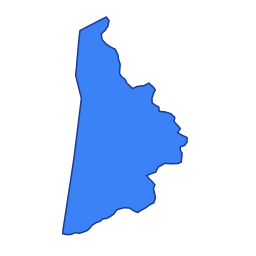 Conceição do Jacuípe, Bahia, Brazil, rotated 93°
{"feature_id": "56859067B72912801281575", "entity_name": "Conceição do Jacuípe", "entity_type": "district", "adm_level": 2, "iso_a3": "BRA", "parent_name": "Brazil", "parent_adm1": "Bahia", "projection": "robinson", "projection_center": [-38.743, -12.327], "detail": "fine", "context": "isolated", "style": "filled", "palette": "blue", "viewbox_px": 256, "rotation_deg": 93, "n_neighbors": 0, "source": "geoboundaries", "source_scale": "gbopen_adm2", "svg_char_len": 1296}
<svg xmlns="http://www.w3.org/2000/svg" viewBox="0 0 256 256"><g transform="rotate(93 128 128)"><path d="M237.0,187.7L237.7,183.2L237.2,179.1L235.3,175.4L235.7,171.1L234.2,167.1L232.4,163.2L229.8,160.7L226.9,158.7L224.2,154.8L222.6,150.9L220.1,148.5L219.4,144.4L217.2,140.9L214.7,137.8L210.2,134.8L207.8,127.8L207.9,122.1L210.1,118.6L211.9,113.9L209.2,110.2L206.8,106.1L203.4,102.2L201.4,98.3L196.4,96.9L191.9,98.0L187.2,99.4L183.3,98.2L180.3,101.0L177.9,103.9L174.5,106.8L172.1,101.8L170.8,98.2L165.4,95.7L161.4,89.4L161.4,82.5L160.9,76.3L159.3,73.0L154.7,72.8L150.5,72.6L147.8,74.5L144.2,74.9L142.4,70.5L138.7,68.3L134.4,68.5L132.7,73.0L130.3,78.1L125.7,75.7L122.5,79.0L119.1,82.4L115.0,81.8L111.4,86.1L110.0,91.8L109.7,97.8L105.5,98.3L103.9,101.7L101.7,105.2L97.1,105.6L92.6,104.5L88.5,102.7L85.6,105.1L82.1,109.6L84.9,114.3L86.0,121.0L88.3,125.4L86.0,128.2L83.3,131.5L79.5,133.5L77.3,136.8L74.1,139.3L69.5,139.3L64.8,139.1L60.3,140.9L55.4,141.9L50.1,144.8L48.0,149.7L45.0,154.6L41.0,158.5L35.5,159.7L31.5,155.8L27.3,153.4L21.5,152.6L18.3,155.6L33.1,181.0L40.1,181.6L51.9,182.0L56.8,182.2L61.0,182.4L70.7,182.6L74.3,182.9L78.3,183.0L100.9,176.1L112.2,176.9L137.3,178.7L155.5,180.0L162.1,180.5L182.4,182.5L233.7,187.6L237.0,187.7Z" fill="#3b82f6" stroke="#1e3a8a" stroke-width="1.5"/></g></svg>